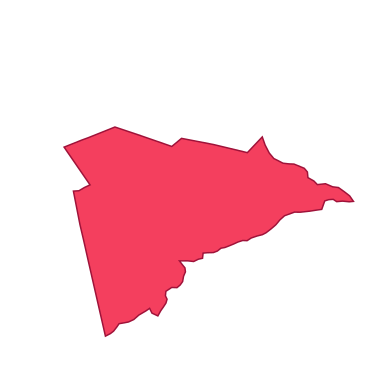 Novo Lino, Alagoas, Brazil, rotated 64°
{"feature_id": "56859067B37375587715477", "entity_name": "Novo Lino", "entity_type": "district", "adm_level": 2, "iso_a3": "BRA", "parent_name": "Brazil", "parent_adm1": "Alagoas", "projection": "robinson", "projection_center": [-35.6, -8.946], "detail": "fine", "context": "isolated", "style": "filled", "palette": "rose", "viewbox_px": 384, "rotation_deg": 64, "n_neighbors": 0, "source": "geoboundaries", "source_scale": "gbopen_adm2", "svg_char_len": 1330}
<svg xmlns="http://www.w3.org/2000/svg" viewBox="0 0 384 384"><g transform="rotate(64 192 192)"><path d="M258.7,54.9L252.2,58.4L249.0,63.3L243.1,68.4L240.3,76.1L235.6,77.6L229.9,81.5L224.6,79.5L219.9,80.7L211.6,88.1L209.3,92.4L206.0,97.6L201.4,101.0L197.8,103.8L190.8,105.5L181.8,105.7L173.3,104.7L180.9,125.0L158.8,151.8L139.2,177.9L142.2,190.2L120.0,212.3L99.8,232.8L97.7,261.6L97.0,268.2L95.6,287.3L140.9,280.5L140.8,286.7L141.3,293.1L139.2,298.2L172.2,307.0L186.3,310.2L192.7,311.7L206.6,315.0L283.6,333.0L283.5,327.4L282.7,323.5L280.4,318.8L278.4,315.3L280.0,309.8L281.0,306.0L281.1,300.2L279.3,293.7L278.7,285.8L278.0,281.1L283.3,281.1L288.4,277.0L285.0,272.1L282.8,268.1L280.4,264.1L277.4,261.4L273.7,261.4L269.8,259.0L268.9,252.1L271.4,247.4L270.4,243.4L268.4,239.7L264.0,236.5L260.9,232.9L257.1,231.6L253.3,232.5L248.4,233.5L252.0,226.0L255.2,221.0L255.2,215.7L256.2,211.6L251.8,208.8L253.4,204.6L255.8,199.4L256.2,195.1L255.2,190.6L256.3,186.8L256.7,182.0L257.0,177.3L257.1,172.7L257.8,167.7L259.9,163.8L259.3,158.9L260.1,152.7L261.2,147.5L261.1,143.3L259.8,137.0L258.2,131.0L255.6,125.2L253.9,119.2L255.0,108.7L257.6,103.6L260.9,94.4L262.9,87.9L264.5,83.0L258.2,76.6L258.8,72.5L260.5,68.3L264.1,66.2L266.2,60.7L269.7,55.0L271.2,51.0L264.6,52.0L258.7,54.9Z" fill="#f43f5e" stroke="#9f1239" stroke-width="1.5"/></g></svg>